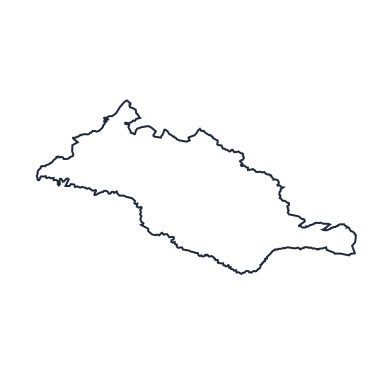 San Bartolo Tutotepec, Hidalgo, Mexico, rotated 253°
{"feature_id": "50627088B89950958410687", "entity_name": "San Bartolo Tutotepec", "entity_type": "district", "adm_level": 2, "iso_a3": "MEX", "parent_name": "Mexico", "parent_adm1": "Hidalgo", "projection": "equal_earth", "projection_center": [-98.204, 20.469], "detail": "fine", "context": "isolated", "style": "outline", "palette": "slate", "viewbox_px": 384, "rotation_deg": 253, "n_neighbors": 0, "source": "geoboundaries", "source_scale": "gbopen_adm2", "svg_char_len": 6059}
<svg xmlns="http://www.w3.org/2000/svg" viewBox="0 0 384 384"><g transform="rotate(253 192 192)"><path d="M102.7,336.1L103.8,335.3L104.6,335.6L107.3,334.0L108.0,332.7L108.9,332.2L111.6,331.7L112.5,331.1L112.7,329.6L113.3,330.1L114.0,329.8L115.3,328.3L116.6,328.0L117.8,324.1L117.5,321.9L116.9,321.4L117.2,320.3L116.6,318.9L117.1,317.0L116.7,315.5L117.0,314.2L116.4,313.8L116.0,309.8L117.0,306.9L117.8,306.0L117.8,308.5L118.7,308.9L118.7,310.0L119.4,311.0L120.6,314.4L121.7,313.0L123.5,307.9L125.2,305.8L125.0,304.8L126.3,301.6L126.4,300.4L126.0,300.2L125.6,296.5L125.8,295.5L125.0,292.5L125.8,291.1L125.0,290.6L125.0,290.0L125.7,287.1L127.7,286.1L128.0,284.4L128.6,284.5L130.9,291.2L132.3,291.5L133.5,290.9L133.4,290.3L134.3,289.0L137.5,286.9L142.4,278.0L144.7,277.7L146.1,279.1L147.4,278.6L148.4,279.3L149.2,278.8L150.6,279.0L150.9,280.7L152.7,281.5L153.4,281.2L153.6,280.2L156.5,278.2L157.1,276.0L159.8,275.2L160.4,274.1L162.6,275.5L163.9,274.7L166.5,275.8L166.9,277.0L168.8,277.6L169.7,280.5L170.3,279.0L172.5,277.9L173.2,275.7L173.9,275.8L174.4,277.1L176.0,277.9L178.1,277.5L179.7,275.4L180.0,273.4L181.0,273.6L182.4,272.8L184.8,272.5L185.0,271.4L186.2,271.0L186.6,269.5L187.7,268.1L190.0,266.9L190.1,265.2L191.4,263.2L192.3,259.2L194.8,258.2L195.3,257.2L196.0,257.1L196.6,252.0L199.0,252.6L199.5,251.3L202.2,249.5L202.0,247.6L202.6,246.8L203.7,246.8L203.9,248.1L204.4,248.5L207.4,246.9L207.8,247.6L208.1,250.1L209.1,251.4L210.0,251.7L211.6,251.2L212.9,251.9L213.9,251.8L214.9,249.9L217.1,248.4L217.3,245.4L218.1,243.8L220.5,243.2L220.7,242.0L219.7,240.6L219.9,239.4L222.2,237.9L222.6,236.5L223.9,235.9L224.4,234.2L227.7,233.9L228.5,232.8L228.9,231.2L230.1,230.1L233.6,231.6L237.5,227.8L239.0,227.9L239.5,226.9L241.0,226.4L241.2,225.1L245.5,221.6L246.9,221.2L247.8,218.7L250.1,218.0L249.1,215.9L247.3,214.0L245.5,211.1L245.2,204.8L244.7,204.4L242.0,204.9L241.8,201.4L245.2,194.8L247.1,192.7L248.2,192.5L249.7,191.0L250.2,191.1L250.4,190.3L253.2,188.4L253.6,187.4L257.3,186.3L259.6,184.4L259.5,183.6L256.7,181.8L255.1,180.3L254.6,179.2L253.1,178.1L255.8,172.5L256.9,171.6L257.7,171.7L260.6,175.2L265.8,171.7L267.8,169.5L268.7,163.0L268.6,158.1L267.1,156.3L264.1,154.4L264.2,153.6L265.5,152.6L266.5,150.8L267.5,151.1L272.4,150.1L274.6,151.5L275.8,150.0L276.4,148.2L277.5,148.2L277.5,149.5L276.4,151.0L276.4,154.4L277.5,156.7L277.0,157.3L276.9,158.5L278.2,159.9L278.0,164.0L279.2,163.3L282.1,162.8L283.5,161.7L287.2,162.2L288.2,160.9L288.9,160.8L291.3,157.4L293.4,157.6L293.6,158.7L294.9,159.1L295.6,158.2L298.3,156.9L298.5,155.6L297.6,153.2L294.3,147.9L289.7,142.7L288.2,138.9L288.0,137.7L288.7,134.4L287.7,131.1L288.7,130.0L288.2,129.6L287.3,130.5L286.4,129.6L286.1,130.2L286.7,132.7L286.1,132.9L286.3,131.9L285.5,131.4L285.3,130.2L284.9,131.0L284.5,130.9L284.8,129.4L284.6,128.9L283.9,129.3L283.2,128.4L282.7,128.4L281.3,126.2L280.5,126.0L279.5,124.8L277.7,121.2L277.6,118.4L278.7,117.1L279.4,114.8L278.3,113.1L278.5,112.0L277.6,110.5L277.5,109.2L278.8,106.0L279.0,103.8L278.6,102.8L279.3,101.9L278.2,99.6L278.5,98.4L278.0,97.1L278.6,94.2L278.3,93.9L277.1,94.5L273.0,97.3L271.7,91.3L266.0,89.3L262.5,89.4L261.3,88.7L261.0,85.2L260.2,84.7L260.1,82.6L261.0,79.1L262.8,78.6L263.7,77.5L263.9,75.3L264.9,74.9L265.1,72.8L264.4,72.9L263.3,69.7L261.1,66.3L261.2,64.8L260.4,64.0L260.3,60.2L259.5,59.2L260.3,57.8L260.3,56.3L260.7,56.0L260.4,54.9L259.0,54.1L258.0,51.8L256.5,50.2L254.7,49.8L252.6,48.2L250.5,48.4L249.4,47.9L248.3,48.3L248.1,49.5L250.9,51.8L251.0,52.7L250.2,54.2L249.9,56.7L247.9,56.9L247.6,60.0L246.4,60.9L245.9,63.8L243.8,63.2L243.2,65.7L241.5,66.9L238.6,65.9L237.2,66.6L238.1,67.9L241.8,68.7L243.2,69.7L242.7,70.8L239.5,71.6L239.5,72.5L241.3,75.5L241.2,77.2L240.1,77.8L234.8,72.8L233.6,76.3L233.8,77.2L234.9,78.1L234.7,79.2L233.5,81.6L231.0,81.6L230.8,84.1L228.9,86.3L229.0,88.6L227.8,90.1L227.3,91.3L225.8,92.5L225.8,94.8L222.8,96.8L222.2,97.7L222.0,100.5L221.1,100.6L218.9,98.2L217.6,98.0L217.4,99.9L218.3,103.5L218.1,107.0L218.8,107.9L218.8,108.5L217.9,110.6L216.3,111.7L214.9,111.8L214.4,112.7L214.5,113.9L215.2,114.4L215.6,115.6L215.1,117.0L213.9,117.2L214.5,120.2L212.3,120.2L209.8,121.6L208.3,126.1L206.8,127.4L203.6,132.8L200.2,134.8L197.9,133.7L197.1,134.5L196.9,136.3L194.3,134.9L192.6,136.6L192.6,138.9L192.0,139.3L191.4,139.2L189.8,137.2L187.4,137.3L185.9,135.8L183.8,136.6L180.9,134.6L178.4,134.8L176.3,136.4L175.6,135.6L175.4,133.8L169.6,139.4L167.5,138.7L163.1,141.4L161.3,144.7L161.5,146.3L160.1,148.0L161.5,150.4L161.7,151.6L159.5,152.4L159.4,154.6L158.9,155.9L155.3,157.1L154.9,160.1L153.9,161.4L152.5,160.9L152.1,160.3L152.0,158.5L150.4,157.6L149.2,158.7L149.3,160.8L147.1,160.6L146.1,162.1L144.4,161.5L143.1,162.0L142.4,163.2L142.4,164.8L141.8,166.3L139.7,166.5L136.5,172.6L135.2,173.6L133.8,176.5L133.0,177.0L131.9,179.7L129.9,179.7L128.7,180.4L128.4,181.3L128.7,182.4L127.5,182.9L127.1,183.7L127.1,184.9L128.0,186.0L127.9,186.9L127.1,187.2L127.4,188.5L125.3,189.3L125.0,192.0L123.0,193.7L121.8,193.9L121.4,194.6L120.1,194.6L119.6,196.6L118.4,196.8L117.2,196.0L116.5,196.4L115.3,198.8L114.7,200.9L112.8,200.7L112.1,202.0L111.0,202.5L110.8,204.4L111.4,204.8L111.4,205.5L108.8,205.4L108.9,207.0L107.2,206.6L106.1,208.5L104.5,209.2L104.3,211.3L102.0,211.1L101.7,213.0L99.3,215.2L99.8,217.0L99.6,218.8L100.4,220.1L100.6,221.3L99.6,223.1L98.5,223.2L97.5,225.5L98.2,226.5L98.3,228.5L97.5,229.6L97.5,230.3L98.9,232.6L99.3,234.7L101.5,236.2L102.3,236.2L102.5,237.7L103.6,238.5L103.9,239.0L103.7,239.5L104.6,240.4L104.4,241.4L105.4,242.3L106.6,242.1L106.8,242.8L106.5,244.3L108.1,244.9L110.0,249.0L112.1,251.9L112.2,254.0L112.7,254.3L112.7,255.3L111.9,256.9L112.3,257.9L111.6,261.2L111.8,263.3L111.0,264.3L111.3,265.8L111.0,267.6L108.1,273.6L107.6,277.6L105.4,278.8L106.0,280.4L105.8,282.5L106.2,283.0L105.8,285.3L104.9,287.2L104.5,287.3L103.9,289.8L102.6,290.9L102.5,292.2L99.8,296.2L100.6,295.7L100.2,296.8L100.5,297.1L99.9,300.5L99.8,304.1L97.3,303.9L92.5,310.0L91.3,310.5L89.7,316.0L85.5,323.6L85.7,324.3L86.1,324.4L86.4,326.1L85.8,329.8L93.8,329.4L96.2,333.3L102.7,336.1Z" fill="none" stroke="#1e293b" stroke-width="2"/></g></svg>